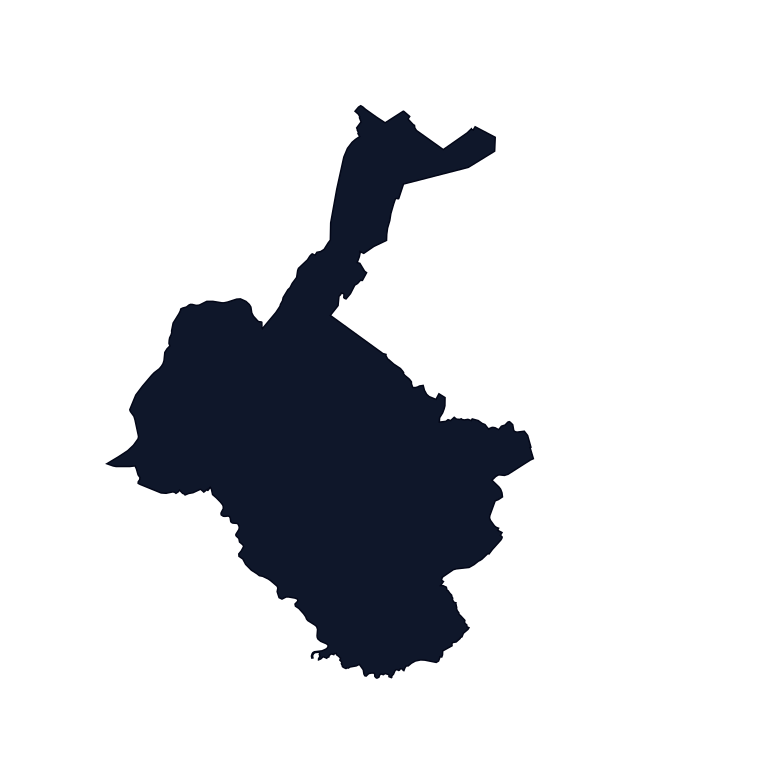 the district of Mueang Chai Nat, Chai Nat, Thailand, rotated 305°
{"feature_id": "78962969B26983912705039", "entity_name": "Mueang Chai Nat", "entity_type": "district", "adm_level": 2, "iso_a3": "THA", "parent_name": "Thailand", "parent_adm1": "Chai Nat", "projection": "orthographic", "projection_center": [100.119, 15.184], "detail": "fine", "context": "isolated", "style": "filled", "palette": "ink", "viewbox_px": 768, "rotation_deg": 305, "n_neighbors": 0, "source": "geoboundaries", "source_scale": "gbopen_adm2", "svg_char_len": 6171}
<svg xmlns="http://www.w3.org/2000/svg" viewBox="0 0 768 768"><g transform="rotate(305 384 384)"><path d="M193.5,587.9L195.7,587.3L199.0,585.2L208.6,589.9L210.2,588.6L211.5,588.5L214.1,591.1L219.2,592.3L220.3,592.1L221.6,592.9L225.3,592.0L231.1,593.5L233.1,593.4L232.7,591.3L234.2,589.9L234.3,587.9L235.1,586.6L236.8,585.8L238.2,579.3L238.3,577.5L239.4,576.7L240.4,573.9L241.6,572.3L243.0,571.5L243.3,570.7L244.4,570.0L244.7,569.2L246.1,568.4L245.6,567.5L245.5,566.0L246.6,563.8L248.0,563.1L248.9,561.3L249.8,560.6L250.4,557.8L251.4,555.1L251.3,553.8L253.3,551.6L252.7,548.1L251.3,545.9L256.3,546.0L256.2,543.8L257.8,543.0L258.7,542.9L258.9,542.5L271.7,547.3L274.1,549.3L282.5,558.9L287.8,561.4L293.6,563.1L294.0,563.6L296.7,564.7L304.7,566.3L305.0,567.5L310.7,567.7L323.1,569.2L325.0,569.1L326.4,568.6L326.9,566.1L330.0,565.9L329.4,561.0L331.6,560.6L331.0,558.3L331.1,555.9L333.4,549.3L334.8,547.3L336.8,546.2L352.0,542.1L354.9,544.0L359.5,545.8L362.6,543.0L364.7,539.9L365.6,537.1L367.1,527.6L372.3,528.6L375.0,529.8L375.9,530.9L378.2,535.1L381.2,537.4L405.7,547.5L408.5,549.2L415.8,540.0L416.5,540.6L424.2,531.2L425.8,526.0L420.9,520.6L420.3,519.2L420.1,518.0L420.4,516.9L424.5,512.8L425.1,509.3L425.0,508.2L423.8,507.3L419.8,506.7L416.8,504.4L413.2,504.2L412.3,503.8L411.9,500.1L410.9,498.0L409.7,496.8L408.0,496.3L408.0,495.7L407.0,495.5L408.7,490.0L408.0,487.0L408.1,482.2L406.0,476.3L404.1,476.4L403.2,473.0L400.6,470.4L399.7,468.3L399.8,467.2L398.5,466.4L396.8,463.6L397.0,460.6L392.3,459.6L391.5,456.9L388.9,456.1L384.5,451.2L388.3,448.9L394.0,448.6L398.2,447.5L401.1,446.4L407.9,441.8L407.5,434.6L401.2,435.4L399.6,428.2L400.0,424.9L402.0,420.8L405.3,416.9L402.7,414.2L400.9,413.3L399.1,411.8L397.6,409.6L399.8,406.5L401.5,405.2L402.5,402.1L403.0,396.0L403.9,393.5L404.6,393.5L405.2,392.0L406.1,388.6L405.9,380.4L406.7,373.6L406.5,372.9L408.2,369.4L409.4,368.7L408.3,365.6L409.4,300.7L421.9,301.4L430.0,296.8L432.3,297.2L434.2,296.9L434.7,299.2L434.4,299.9L431.8,301.4L431.5,302.4L431.9,304.1L438.7,304.7L447.5,303.5L447.7,303.2L451.3,304.7L456.0,305.3L456.1,306.6L456.5,306.9L465.2,305.9L465.3,302.5L465.6,302.7L469.0,295.0L468.1,292.4L474.1,290.8L477.6,289.3L478.7,288.4L479.4,292.5L490.9,296.8L503.1,303.7L508.2,300.4L513.8,297.5L521.2,295.0L527.5,291.9L536.8,288.7L542.3,287.1L543.0,287.5L543.9,289.5L544.3,289.7L559.0,285.3L609.8,328.8L638.2,341.1L649.9,333.6L647.0,311.1L643.2,311.4L642.9,309.7L643.2,309.2L637.4,308.1L610.0,298.1L610.3,265.2L611.5,262.3L613.4,260.6L613.2,259.3L614.8,251.7L617.9,251.6L618.7,243.9L618.5,243.3L598.6,235.1L598.3,224.6L598.4,211.3L598.8,207.8L598.6,205.3L596.2,204.3L590.8,203.8L590.3,208.3L589.0,210.9L588.0,211.2L585.6,214.9L578.1,214.7L577.4,215.9L576.6,216.5L575.5,218.6L574.2,219.0L572.8,222.2L567.9,220.3L563.6,219.2L556.1,218.9L546.9,220.9L516.6,233.5L485.4,247.9L471.1,257.5L468.0,257.3L459.9,257.7L456.1,256.1L453.4,253.5L449.9,253.6L449.5,250.7L448.9,250.3L446.2,249.9L441.8,250.1L429.7,247.6L427.6,248.1L421.2,251.3L413.8,251.1L409.0,251.8L406.1,251.2L397.0,251.8L393.9,253.1L389.9,253.5L388.0,254.2L380.6,254.4L359.7,252.6L360.4,251.5L364.5,248.5L364.4,247.7L363.3,245.8L363.2,244.6L364.7,238.1L366.4,234.9L370.7,230.8L371.9,228.0L372.5,223.5L371.4,217.6L369.0,214.6L361.3,208.8L358.7,206.3L357.6,204.8L353.5,196.3L350.0,191.4L343.0,187.6L341.9,186.6L340.6,184.9L339.2,181.3L338.3,179.9L337.0,179.0L333.7,178.0L330.6,175.4L328.9,174.5L327.2,175.2L324.0,175.7L313.0,176.3L305.7,179.5L304.2,180.7L302.0,181.4L298.9,181.9L296.7,182.9L293.9,184.6L292.4,186.8L288.5,186.1L284.2,186.3L277.1,190.3L274.0,191.3L271.0,191.5L267.5,191.2L261.5,189.3L257.8,188.7L243.8,187.4L232.6,187.0L217.5,190.4L217.0,190.6L216.0,192.1L214.1,197.7L211.8,200.6L200.9,212.3L199.8,213.3L197.8,214.0L190.1,213.9L182.3,212.3L171.8,208.1L159.7,202.7L161.5,209.1L162.7,211.8L170.6,223.1L174.1,227.0L172.5,229.8L168.5,234.7L167.4,237.8L165.6,238.7L162.8,238.8L161.6,239.6L161.9,241.9L166.9,263.9L169.5,268.2L174.5,272.9L175.2,274.6L175.1,276.3L177.7,277.3L179.8,277.3L178.9,281.8L179.3,282.7L179.0,284.7L182.3,286.8L185.4,289.9L192.1,293.8L192.6,294.5L192.1,298.4L196.2,299.6L195.7,300.5L195.9,300.8L198.4,300.9L199.1,300.5L199.8,301.0L198.7,303.1L195.1,307.0L194.6,311.9L193.5,317.7L192.4,321.3L191.5,322.5L189.8,323.8L185.3,324.4L184.2,324.9L183.4,325.8L183.5,328.2L184.4,329.7L186.4,332.0L186.8,333.3L186.2,334.7L183.5,337.3L183.1,338.3L183.3,339.8L185.6,343.8L185.4,345.0L184.3,346.8L183.5,347.7L181.6,348.6L176.1,348.9L175.3,349.2L174.7,350.2L174.2,353.7L171.7,356.3L171.3,360.6L170.4,362.2L165.5,362.8L161.5,362.5L159.6,364.1L159.7,368.7L156.9,374.1L155.4,382.2L155.7,388.8L155.5,391.8L156.9,394.9L157.9,401.0L157.9,403.8L157.1,412.3L156.1,414.0L152.6,415.6L148.8,420.6L149.3,423.8L153.4,426.0L154.7,427.8L157.6,434.0L158.1,436.3L157.4,437.4L156.6,437.9L152.7,437.3L151.2,438.9L151.3,443.0L149.7,449.9L148.4,453.4L147.1,455.3L146.5,457.3L146.9,465.6L146.7,467.9L144.9,470.3L139.3,473.6L138.0,474.8L137.2,476.2L136.9,479.7L138.2,485.9L138.0,487.7L137.4,488.5L136.2,488.9L134.8,488.9L133.2,488.3L129.9,486.3L124.7,480.5L123.1,479.8L121.6,479.9L119.5,480.6L118.1,482.1L118.9,482.9L120.4,481.3L122.9,481.0L124.4,481.6L127.2,484.7L127.0,485.0L126.2,485.9L125.3,486.1L124.3,487.6L121.3,488.0L120.5,488.6L122.5,489.9L125.7,490.6L126.5,494.4L127.3,494.2L128.8,495.4L130.2,494.8L132.3,495.5L132.9,496.1L133.5,498.1L134.8,498.0L135.2,498.9L136.0,499.4L134.9,501.0L135.0,502.5L134.5,505.6L132.5,506.2L132.0,508.9L130.4,509.5L129.5,511.2L128.7,512.0L128.6,513.2L129.0,515.8L129.3,516.2L130.0,516.2L130.9,517.8L132.7,518.5L137.2,523.0L140.2,524.6L138.0,530.9L134.9,533.9L134.0,535.6L134.5,536.9L138.0,537.6L140.1,539.6L141.3,541.3L141.2,542.6L139.2,544.2L138.8,545.9L139.0,546.9L140.8,548.0L142.9,547.4L144.2,547.6L144.8,548.0L145.5,550.2L147.5,551.0L148.6,554.5L148.4,555.1L147.1,555.9L147.7,558.5L148.3,558.6L149.2,557.9L151.8,558.2L155.2,557.5L156.5,557.6L157.5,558.5L157.8,560.4L158.5,560.8L160.0,560.7L160.5,561.2L161.1,562.8L160.4,564.0L160.6,564.7L163.8,563.9L165.9,564.0L166.9,565.5L171.0,566.6L175.1,568.6L179.0,572.3L181.2,575.8L185.9,586.5L188.4,587.6L192.7,586.4L193.5,587.9Z" fill="#0f172a" stroke="#020617" stroke-width="1.5"/></g></svg>